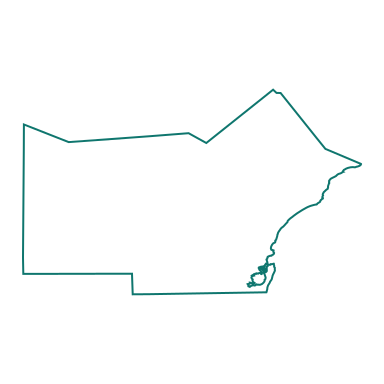 outline of Magallanes, Santa Cruz, Argentina
{"feature_id": "61730980B60081089408424", "entity_name": "Magallanes", "entity_type": "district", "adm_level": 2, "iso_a3": "ARG", "parent_name": "Argentina", "parent_adm1": "Santa Cruz", "projection": "equal_earth", "projection_center": [-67.392, -48.773], "detail": "fine", "context": "isolated", "style": "outline", "palette": "teal", "viewbox_px": 384, "rotation_deg": 0, "n_neighbors": 0, "source": "geoboundaries", "source_scale": "gbopen_adm2", "svg_char_len": 5844}
<svg xmlns="http://www.w3.org/2000/svg" viewBox="0 0 384 384"><path d="M23.0,257.6L23.3,273.9L132.0,273.7L132.7,294.3L148.3,294.2L266.4,292.3L266.7,291.5L266.8,290.8L267.0,290.1L267.2,289.5L267.3,288.9L267.3,288.1L267.5,287.1L268.0,285.6L268.3,285.0L269.4,283.3L269.9,282.3L270.0,281.9L270.2,281.5L270.5,281.1L271.1,280.3L271.6,279.5L271.8,279.0L272.3,277.0L272.6,275.6L272.8,275.2L273.3,274.0L273.6,273.5L274.1,272.4L274.2,272.2L274.5,271.6L274.9,270.6L274.8,269.8L274.8,267.6L274.6,267.4L274.3,267.1L274.2,266.9L274.1,266.3L274.2,265.7L273.8,264.1L273.8,263.8L273.7,263.8L273.5,263.7L272.2,264.2L271.6,264.1L271.0,264.1L271.0,264.4L269.9,264.9L269.2,264.6L267.3,264.5L267.4,265.1L267.8,265.7L267.7,266.1L266.9,266.7L266.8,267.1L266.7,267.8L266.8,269.7L266.8,271.0L266.4,271.6L265.7,272.2L264.4,272.3L263.7,272.5L263.8,273.0L264.5,274.1L265.6,277.4L265.6,278.0L265.3,279.2L264.6,279.8L264.7,280.4L264.4,281.5L263.4,282.8L262.0,284.0L260.3,284.7L258.9,284.8L258.2,284.6L257.3,284.7L256.7,284.4L256.3,284.3L255.5,285.3L254.6,285.5L254.2,285.5L253.4,285.2L252.8,285.3L251.3,285.8L250.7,286.1L250.2,286.5L249.8,286.9L249.4,286.7L249.5,286.3L249.2,286.1L248.9,286.5L248.4,286.3L248.4,285.5L248.1,284.6L247.7,284.4L247.6,284.1L248.2,284.0L248.9,284.0L249.7,283.7L249.7,282.6L250.8,282.8L251.5,283.1L252.1,283.5L253.8,283.5L254.1,283.1L255.2,283.2L254.9,283.0L253.4,282.3L253.1,282.0L252.5,280.6L252.5,280.0L252.7,279.4L251.8,278.6L251.4,277.6L251.5,277.1L251.7,276.8L251.9,276.3L252.1,275.9L252.6,276.1L252.8,275.7L252.2,275.4L252.7,275.1L252.7,275.4L253.3,275.6L253.9,275.7L254.2,275.6L253.9,275.0L254.0,274.2L254.7,274.0L254.9,274.0L255.3,273.7L256.0,273.9L256.2,273.5L256.5,273.3L256.8,273.3L257.3,273.4L257.6,273.6L258.3,273.6L258.9,273.1L259.7,273.0L260.3,273.1L260.7,273.4L260.9,273.4L260.9,273.7L261.1,274.0L261.5,274.1L261.8,273.9L261.9,273.3L261.9,273.0L261.6,272.5L261.2,272.1L261.2,271.6L261.2,271.4L260.7,271.1L260.3,270.7L260.2,270.5L259.7,270.2L259.5,269.8L259.2,269.3L258.9,268.1L258.7,268.0L258.7,267.7L258.8,267.5L259.0,267.4L259.3,267.6L259.5,267.4L259.8,267.3L260.1,267.0L260.6,266.8L261.7,266.6L262.1,266.7L263.0,266.6L263.1,266.4L263.5,266.4L264.2,265.9L264.9,265.5L265.0,265.0L265.4,264.8L265.6,264.4L265.6,264.2L265.9,264.0L266.0,263.6L266.6,263.4L267.1,263.3L267.4,263.1L267.4,262.2L266.5,259.7L266.5,259.4L266.8,259.1L267.0,259.0L267.1,258.9L267.3,258.7L267.3,258.1L267.4,257.6L267.7,256.8L268.3,256.7L268.5,256.4L269.2,256.1L269.7,256.0L270.2,255.7L271.0,255.8L271.3,255.6L271.6,255.6L271.8,255.3L272.5,254.8L272.8,254.7L273.0,254.7L273.6,254.1L273.8,253.7L273.9,253.4L274.0,253.4L274.1,252.9L273.9,252.6L273.6,252.4L273.5,252.2L273.3,251.6L273.2,251.0L273.2,250.8L273.3,250.7L273.6,250.6L273.6,250.4L273.3,250.3L272.4,250.0L272.1,249.8L271.6,249.9L271.4,249.8L271.1,249.3L271.0,248.9L270.9,248.6L270.9,247.9L271.1,247.1L271.2,246.5L271.8,245.3L272.1,244.7L272.9,243.7L273.4,243.2L273.9,243.0L275.0,242.5L275.1,242.4L275.2,242.0L275.3,241.9L275.4,241.7L275.2,241.0L275.2,240.8L275.4,240.4L275.7,240.1L276.0,239.9L276.2,239.6L276.3,239.0L276.6,238.3L276.7,237.8L277.2,236.3L277.4,234.9L277.5,234.4L277.7,234.2L277.9,233.4L278.1,232.7L278.4,232.2L279.0,231.2L279.6,230.4L279.9,230.0L280.6,228.9L281.4,228.0L281.6,227.9L282.3,227.2L283.3,226.6L283.6,226.2L284.4,225.4L285.3,224.4L285.7,223.9L286.3,223.3L286.9,222.7L287.2,222.4L287.5,222.0L287.5,221.7L287.6,221.2L287.8,220.8L288.2,220.4L288.8,219.8L289.5,219.1L290.7,218.1L292.5,216.8L293.2,216.2L294.9,214.9L295.1,214.8L295.5,214.5L296.0,214.1L296.9,213.5L297.1,213.3L298.7,212.3L299.5,211.8L300.1,211.4L300.9,210.9L302.5,209.9L306.4,207.7L307.8,207.0L310.0,206.1L311.2,205.7L314.1,204.9L315.0,204.7L316.0,204.5L316.5,204.5L316.9,204.3L317.1,203.9L317.6,203.4L318.7,202.7L319.7,202.1L320.2,201.6L320.2,201.0L320.4,200.7L320.7,200.3L320.8,200.1L321.3,199.8L321.4,199.6L321.9,199.2L322.1,198.8L322.9,198.5L322.9,198.4L322.9,198.1L322.6,198.0L322.4,197.7L322.3,197.3L322.4,197.1L322.4,196.7L322.7,196.1L322.9,195.7L323.1,195.5L323.1,195.4L322.8,195.1L322.7,194.7L322.8,194.3L322.9,193.8L323.3,193.0L323.6,192.7L323.7,192.3L323.8,192.1L324.4,191.6L324.9,191.1L325.1,190.9L325.3,190.8L325.6,190.4L325.9,190.1L327.0,189.3L327.1,189.2L327.8,188.7L327.8,188.2L327.9,187.8L328.1,187.2L328.0,186.7L328.2,185.6L328.6,184.6L328.9,183.6L329.2,183.2L329.0,182.8L329.0,182.6L329.1,182.4L329.3,182.0L329.2,181.5L329.0,181.1L329.1,180.9L329.4,180.3L329.7,180.0L329.9,179.8L330.1,179.5L330.3,179.2L330.8,178.7L331.1,178.6L332.3,177.9L334.4,176.9L335.3,176.4L335.9,176.1L336.6,175.4L337.6,174.5L338.3,174.1L338.7,173.9L340.4,173.4L341.3,173.0L341.7,172.7L342.1,172.5L342.7,172.0L343.1,171.9L342.8,171.7L342.8,171.4L343.5,170.4L343.9,169.9L344.6,169.5L345.1,169.3L346.0,168.7L346.7,168.4L348.0,167.9L349.7,167.5L350.5,167.3L351.7,167.2L352.6,167.1L353.7,167.2L354.9,167.3L355.3,167.2L355.5,167.2L356.1,166.9L357.0,166.6L357.5,166.6L358.5,166.2L359.3,165.9L359.5,165.7L360.2,165.4L360.4,165.2L360.8,164.7L361.0,164.2L360.9,164.1L360.9,163.9L325.4,148.9L316.6,138.0L280.6,93.0L276.5,92.9L273.1,89.7L206.3,143.0L188.6,133.2L150.0,136.2L111.8,139.0L68.7,142.1L23.9,124.5L23.8,149.3L23.0,257.6ZM264.4,266.8L264.8,266.5L264.8,266.4L264.6,266.2L264.1,266.4L264.0,266.7L263.7,266.7L262.6,266.9L262.1,266.9L261.7,267.0L261.2,267.0L261.0,266.9L260.8,266.9L260.8,267.0L260.6,267.2L260.1,267.3L259.6,267.6L259.7,267.8L259.8,267.9L260.4,268.4L260.7,268.6L261.1,268.6L261.5,268.8L261.7,269.1L261.9,269.0L262.0,268.9L262.3,268.9L262.5,269.0L263.0,268.9L263.8,268.1L264.0,267.3L264.1,267.2L264.4,266.8ZM264.5,270.7L265.0,270.3L265.6,270.0L265.6,269.8L265.8,269.6L265.6,269.1L265.4,268.9L265.3,268.7L265.2,268.6L264.6,268.6L264.3,269.0L264.0,269.6L263.4,270.0L263.0,270.2L262.9,270.3L263.0,270.7L263.2,270.9L263.5,271.0L263.9,270.9L264.3,270.9L264.5,270.7Z" fill="none" stroke="#0f766e" stroke-width="2"/></svg>